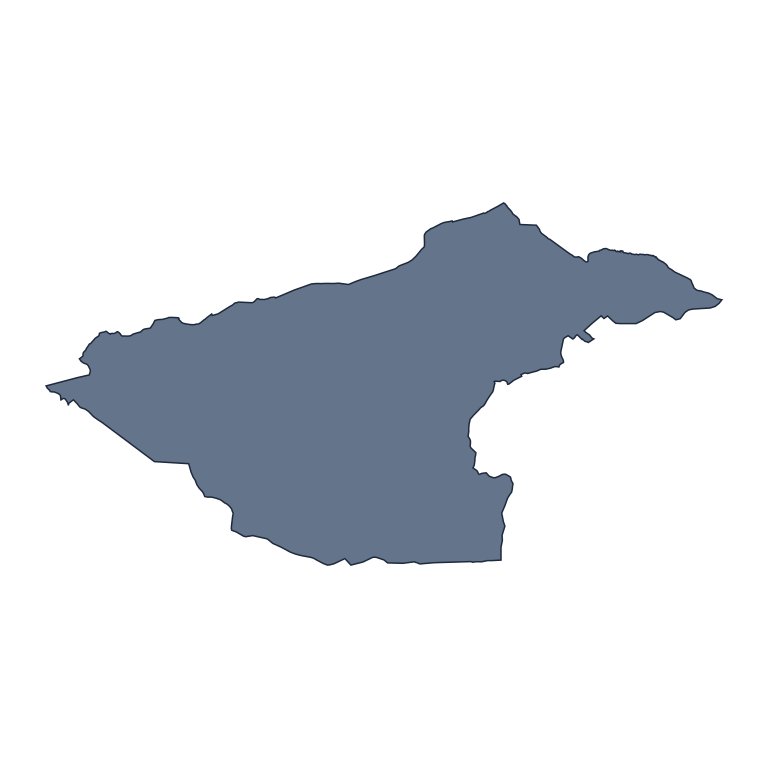 the district of Carpinet, Bihor, Romania
{"feature_id": "2599482B57966099194039", "entity_name": "Carpinet", "entity_type": "district", "adm_level": 2, "iso_a3": "ROU", "parent_name": "Romania", "parent_adm1": "Bihor", "projection": "robinson", "projection_center": [22.479, 46.428], "detail": "fine", "context": "isolated", "style": "filled", "palette": "slate", "viewbox_px": 768, "rotation_deg": 0, "n_neighbors": 0, "source": "geoboundaries", "source_scale": "gbopen_adm2", "svg_char_len": 6082}
<svg xmlns="http://www.w3.org/2000/svg" viewBox="0 0 768 768"><path d="M501.0,560.1L501.0,547.3L502.4,540.3L502.1,535.2L504.9,526.2L503.4,521.7L501.7,513.1L504.8,505.9L507.6,498.1L509.8,494.6L511.6,492.2L512.3,489.0L512.6,485.7L513.0,484.1L512.8,483.1L512.0,481.9L511.1,479.9L510.9,478.5L510.4,477.0L507.3,475.1L505.1,474.1L502.4,474.4L499.5,476.0L495.6,477.6L493.3,477.7L489.2,476.2L486.2,472.8L481.6,473.4L479.6,474.4L478.6,474.0L477.3,471.1L476.3,470.2L473.0,468.0L474.3,465.0L475.0,459.6L474.9,458.3L475.6,455.2L475.9,452.7L471.0,448.0L470.4,446.9L470.1,445.5L470.5,443.2L470.4,440.5L469.4,438.3L468.1,436.5L468.8,431.0L468.7,428.8L469.1,424.0L470.2,419.2L473.4,415.4L478.4,410.3L480.8,407.6L483.5,405.8L484.7,404.3L487.2,399.8L490.3,395.1L492.6,392.0L493.3,390.1L494.2,385.6L494.9,383.3L494.1,381.6L495.0,381.2L500.1,381.5L501.4,380.6L502.6,380.2L503.7,380.2L505.1,380.6L506.8,381.6L507.7,384.3L509.0,384.0L513.9,380.2L521.7,376.3L521.0,374.6L524.9,372.9L527.6,373.5L531.9,372.3L536.9,371.0L540.7,369.3L546.2,369.2L547.1,368.9L550.1,368.3L554.8,366.6L557.3,366.7L558.9,367.0L559.3,365.8L560.0,364.6L561.4,363.6L563.5,362.5L563.4,360.6L563.0,359.5L562.4,358.4L561.5,356.4L560.7,353.1L561.0,350.7L563.5,339.0L564.3,338.0L568.1,335.7L572.8,339.0L574.3,338.0L576.2,335.3L577.4,334.8L582.1,339.5L582.6,339.3L585.1,341.4L587.5,342.0L588.3,342.5L593.8,338.9L593.0,338.6L591.7,337.7L589.6,335.0L585.8,332.4L584.1,330.7L591.8,323.6L601.2,315.8L603.9,318.5L607.6,316.0L612.7,320.8L615.8,323.3L620.4,323.6L636.1,323.6L642.4,320.6L655.0,312.5L660.4,311.5L663.7,312.2L673.1,317.7L675.8,319.8L680.2,318.7L685.1,312.3L688.5,310.0L692.4,309.1L710.1,308.0L715.2,306.4L719.0,303.4L721.9,299.8L717.2,298.7L712.3,294.9L708.6,293.1L704.0,292.0L701.1,291.0L697.4,290.4L695.9,289.5L694.0,287.9L693.1,285.4L692.0,283.2L691.2,280.7L690.3,279.6L686.8,277.7L674.7,272.0L671.7,269.7L669.1,268.3L668.0,267.2L667.1,265.5L665.6,263.9L664.8,263.5L663.9,262.7L663.8,262.4L662.7,261.9L662.4,261.6L661.7,261.6L661.4,261.2L660.0,260.6L659.7,260.2L658.1,259.6L657.8,258.8L657.3,258.6L656.4,257.3L656.0,257.4L656.0,256.9L655.7,256.7L655.1,256.9L653.4,255.6L652.9,255.5L652.3,256.0L651.8,255.5L650.8,255.5L650.1,255.1L648.8,255.1L648.0,254.6L646.0,254.6L645.4,254.8L644.0,254.7L643.6,254.4L642.5,254.5L640.2,254.2L639.5,254.3L639.2,254.6L637.9,254.8L637.5,254.5L636.4,254.2L635.3,254.5L634.0,254.5L632.7,254.1L631.9,254.2L631.2,253.5L629.9,253.1L629.2,253.2L629.1,253.5L627.7,253.6L627.1,253.2L623.9,252.7L623.4,252.5L623.1,251.9L622.8,251.8L622.9,251.3L622.0,250.9L621.0,251.2L620.8,250.8L620.4,251.0L620.5,251.3L620.1,251.2L619.7,251.3L619.5,251.5L619.7,251.8L619.2,251.8L619.1,251.4L618.3,251.5L617.3,251.1L616.9,251.6L615.7,251.3L615.4,250.7L614.7,250.1L613.4,250.6L612.7,250.2L610.4,250.3L607.1,248.9L605.9,248.5L603.4,248.8L600.7,250.2L599.7,250.3L599.1,251.1L594.2,251.9L590.3,253.2L589.5,253.8L588.5,255.1L587.9,257.3L588.0,258.1L588.0,261.3L586.9,262.0L586.3,262.0L584.4,260.9L581.5,258.3L579.0,256.9L578.2,256.7L576.9,257.1L574.4,257.0L573.3,256.1L572.5,255.4L570.4,254.2L566.4,251.4L549.8,239.3L548.5,238.9L546.5,237.0L541.6,233.4L540.4,231.8L539.8,230.7L539.5,229.4L536.4,225.2L519.9,224.5L519.0,219.4L516.3,216.3L515.3,216.0L514.7,215.3L513.1,214.2L511.3,211.3L509.4,209.1L508.4,208.3L508.2,207.9L507.6,207.4L506.6,205.5L506.0,205.1L505.4,204.1L503.7,202.9L497.7,206.4L490.4,210.2L488.5,211.5L487.7,211.6L486.3,212.7L484.8,213.4L483.5,213.0L482.5,213.5L481.2,213.9L471.2,217.4L463.1,219.1L452.7,221.9L452.2,220.9L449.7,221.5L444.4,222.4L441.2,223.6L432.7,228.0L430.9,228.6L426.1,232.1L424.7,234.2L424.3,235.6L424.5,244.1L424.3,246.8L421.4,249.6L416.0,256.2L412.1,259.9L408.4,262.3L399.1,265.9L395.6,268.7L373.0,276.0L360.9,279.6L355.4,281.6L348.5,284.5L338.8,283.2L333.7,283.5L325.7,283.4L321.4,283.6L316.9,283.5L311.6,283.9L294.4,290.0L275.5,298.0L275.0,297.3L274.4,297.1L270.4,297.5L267.6,298.8L265.4,299.2L264.7,299.5L259.9,299.4L258.1,298.6L257.3,298.7L257.0,298.8L254.1,301.8L253.0,302.4L252.0,302.7L238.6,302.1L234.5,303.2L232.8,304.9L229.8,306.5L218.2,313.8L212.3,315.5L211.7,314.0L207.2,317.4L204.9,319.4L203.8,320.0L201.3,322.2L198.7,323.9L197.9,324.1L197.2,324.0L195.7,324.2L194.8,324.6L193.8,324.7L190.5,324.6L184.9,323.7L182.7,323.1L181.1,322.1L180.9,321.6L178.6,319.2L179.0,318.7L178.6,317.9L177.9,317.7L171.6,317.4L168.7,317.5L167.5,318.1L162.3,319.4L158.3,319.6L154.9,320.4L153.2,323.8L150.3,328.1L144.3,329.1L142.8,329.9L140.1,332.3L139.1,332.3L133.1,334.1L130.5,335.8L127.9,336.1L122.0,336.0L120.9,334.9L120.3,333.9L119.0,332.6L117.8,331.8L117.2,331.7L114.9,333.3L113.8,333.5L112.6,333.4L110.5,333.6L110.3,334.1L108.7,333.3L106.4,331.4L105.9,331.3L104.2,332.0L101.4,332.5L99.4,333.3L99.1,335.6L95.2,338.3L90.6,343.6L89.6,343.9L89.3,344.2L87.9,346.4L86.3,348.6L85.9,349.9L84.0,351.8L83.1,353.2L83.0,355.9L81.5,357.3L79.4,358.8L81.1,361.3L83.5,363.0L87.1,364.4L88.3,365.8L90.1,369.5L90.3,371.5L89.3,374.9L77.5,377.6L46.1,385.9L47.3,388.1L49.4,390.1L50.3,391.6L52.3,391.9L54.0,391.9L57.3,393.1L59.5,394.4L60.4,395.5L60.7,397.4L60.8,399.3L61.0,399.9L62.2,399.0L63.3,398.5L64.2,398.5L65.2,399.0L67.2,401.8L68.1,404.2L68.4,405.4L68.8,403.3L73.4,399.8L77.3,403.8L79.7,406.9L81.1,407.8L85.2,409.1L88.6,411.5L93.5,416.6L98.0,419.8L101.9,422.3L154.4,461.6L188.7,463.7L191.0,471.9L193.1,477.0L195.1,480.0L196.8,484.5L198.9,487.8L202.6,491.9L203.8,494.0L204.7,496.5L207.7,497.1L211.5,497.1L216.0,498.2L220.3,499.7L224.7,502.9L227.0,504.1L228.7,505.5L230.4,507.3L231.7,509.2L232.4,511.5L233.1,512.9L233.1,514.0L232.6,516.5L231.4,526.8L231.4,529.1L231.8,530.3L235.9,531.8L237.8,532.8L243.6,536.2L245.8,536.7L252.8,535.6L267.3,538.9L272.8,543.4L281.0,547.1L290.1,552.0L295.6,554.1L301.4,555.6L311.0,557.4L313.8,558.3L316.3,559.8L323.5,563.6L327.5,565.1L330.0,564.8L333.9,563.8L344.9,558.6L350.9,565.1L363.0,562.0L372.8,557.3L375.0,557.2L376.5,557.4L383.9,559.9L387.6,562.9L402.9,563.3L414.6,561.8L415.5,562.4L417.5,562.8L418.8,563.6L420.2,563.9L434.1,562.7L470.9,561.6L472.6,562.2L476.6,561.7L481.7,561.8L487.5,560.6L491.8,560.6L501.0,560.1Z" fill="#64748b" stroke="#1e293b" stroke-width="1.5"/></svg>